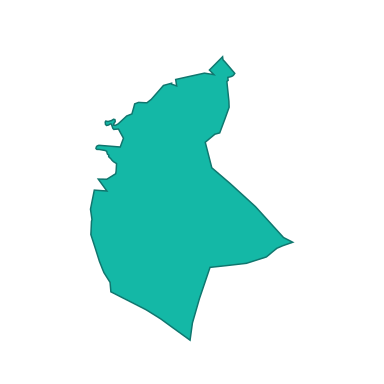 outline of Santiago Huajolotitlán, Oaxaca, Mexico, rotated 35°
{"feature_id": "50627088B70096556657252", "entity_name": "Santiago Huajolotitlán", "entity_type": "district", "adm_level": 2, "iso_a3": "MEX", "parent_name": "Mexico", "parent_adm1": "Oaxaca", "projection": "albers", "projection_center": [-97.715, 17.814], "detail": "fine", "context": "isolated", "style": "filled", "palette": "teal", "viewbox_px": 384, "rotation_deg": 35, "n_neighbors": 0, "source": "geoboundaries", "source_scale": "gbopen_adm2", "svg_char_len": 1677}
<svg xmlns="http://www.w3.org/2000/svg" viewBox="0 0 384 384"><g transform="rotate(35 192 192)"><path d="M303.3,175.4L293.1,176.8L285.5,175.1L252.4,167.6L218.5,163.2L194.3,160.8L175.2,144.4L174.3,143.7L176.4,135.9L177.6,131.5L180.8,127.7L177.0,113.0L173.8,101.3L170.2,96.5L159.1,83.7L157.2,81.5L157.3,81.0L157.3,80.4L157.6,79.9L155.6,77.6L157.8,75.1L158.7,73.6L159.0,72.2L159.0,70.3L144.4,66.5L141.5,65.9L139.5,63.7L136.3,82.1L142.6,83.3L134.0,87.5L122.3,100.2L114.1,109.2L118.6,113.9L113.4,115.4L112.9,114.6L107.5,121.1L106.3,132.4L105.5,139.5L103.9,144.8L101.4,146.4L96.9,149.2L96.8,149.3L94.5,152.7L95.4,155.1L98.0,162.5L94.9,167.2L93.1,175.6L93.0,176.0L92.5,178.4L91.9,179.7L90.9,181.5L89.5,182.2L88.7,180.7L88.8,179.3L88.6,178.1L87.3,176.9L86.0,177.4L85.0,179.8L84.1,180.8L83.2,182.0L82.3,182.7L80.7,183.3L80.8,184.5L82.4,186.3L83.9,186.5L85.2,185.0L86.1,183.0L86.9,182.7L87.9,183.3L90.7,185.3L92.1,185.6L92.4,185.3L92.7,185.0L94.8,183.3L95.6,182.6L96.1,182.8L98.6,184.1L100.0,184.8L104.1,186.8L105.0,187.3L107.4,196.3L89.5,206.8L88.6,207.5L87.8,208.9L87.8,210.1L88.4,211.5L89.6,211.7L90.5,211.1L91.7,210.3L97.1,207.8L98.8,207.6L99.9,208.6L101.1,209.5L102.7,209.5L103.5,210.9L106.4,211.3L108.3,211.9L110.4,212.2L112.0,212.1L113.9,212.0L117.8,218.3L119.0,220.8L114.9,230.4L107.8,235.2L121.7,240.0L110.9,246.5L118.7,264.3L125.9,272.0L126.5,273.7L133.6,284.9L145.5,293.9L155.8,301.8L163.2,306.7L166.2,308.6L176.7,313.0L182.8,320.3L221.9,314.8L238.9,313.9L254.9,314.2L275.4,314.5L267.5,299.1L259.1,274.6L259.0,274.2L250.0,243.4L262.6,232.4L277.5,219.2L290.2,202.5L292.2,195.1L293.8,189.4L297.2,183.9L303.3,175.4Z" fill="#14b8a6" stroke="#0f766e" stroke-width="1.5"/></g></svg>